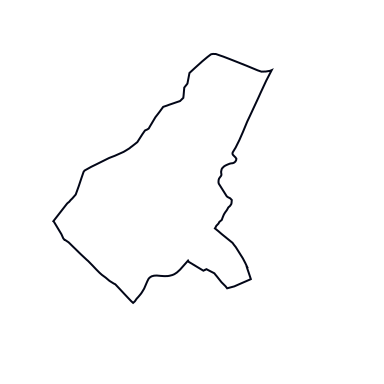 outline of Zilupe, Zilupes, Latvia, rotated 57°
{"feature_id": "27541924B3022786847050", "entity_name": "Zilupe", "entity_type": "district", "adm_level": 2, "iso_a3": "LVA", "parent_name": "Latvia", "parent_adm1": "Zilupes", "projection": "orthographic", "projection_center": [28.122, 56.393], "detail": "fine", "context": "isolated", "style": "outline", "palette": "ink", "viewbox_px": 384, "rotation_deg": 57, "n_neighbors": 0, "source": "geoboundaries", "source_scale": "gbopen_adm2", "svg_char_len": 2944}
<svg xmlns="http://www.w3.org/2000/svg" viewBox="0 0 384 384"><g transform="rotate(57 192 192)"><path d="M90.8,129.3L98.6,136.8L100.2,141.6L106.1,146.2L108.3,148.0L109.2,152.5L106.3,164.0L106.0,165.5L104.9,169.8L107.3,176.1L109.4,182.1L110.7,184.7L114.0,191.4L115.2,193.7L115.2,195.4L114.8,197.9L115.6,199.9L116.1,201.1L116.5,202.1L120.4,210.7L121.0,217.4L121.1,219.2L121.3,220.7L121.2,224.9L121.1,227.5L119.6,237.0L118.8,240.7L118.3,243.2L116.7,257.1L116.0,262.8L115.5,270.4L116.1,272.0L120.0,277.0L125.5,283.9L130.8,290.9L132.2,295.8L132.7,298.3L133.4,300.5L133.4,301.2L133.6,302.7L133.6,302.8L134.1,304.3L141.0,324.2L141.6,324.0L156.2,324.5L156.9,324.6L160.7,325.2L160.9,325.2L162.5,325.0L162.8,325.0L163.0,324.6L167.0,322.9L169.2,322.4L171.5,321.9L181.3,319.7L183.9,319.1L191.6,317.2L193.3,316.7L193.8,316.6L199.8,315.4L204.2,314.6L205.7,314.3L209.5,313.5L212.4,312.7L216.9,311.0L221.3,309.7L221.6,309.6L225.9,307.6L226.8,307.1L227.6,306.6L234.7,305.3L240.4,304.3L245.9,303.3L250.7,302.4L251.7,302.1L252.9,301.8L252.7,300.3L252.5,299.3L251.4,296.7L250.7,294.0L249.9,291.4L249.4,289.9L248.6,288.1L247.0,284.8L242.6,278.2L241.2,275.8L241.0,275.2L240.8,274.4L240.7,273.4L240.7,272.5L240.8,271.5L241.1,270.7L241.4,269.7L241.9,268.7L242.5,267.7L242.9,267.0L245.2,264.1L247.6,260.9L249.3,258.1L250.0,256.5L250.4,255.3L250.9,253.8L251.2,252.3L251.3,251.3L251.3,250.5L251.3,248.6L251.2,247.9L250.6,244.3L247.4,232.7L248.8,232.8L250.6,231.9L264.2,225.3L264.5,223.2L264.4,223.2L264.6,221.9L266.1,221.1L272.4,217.5L273.1,217.5L276.5,217.1L281.8,216.6L283.8,216.4L289.4,215.2L291.9,215.0L294.2,207.9L295.1,202.3L297.0,191.0L297.1,190.1L290.2,188.3L286.6,187.4L284.8,186.9L285.0,186.6L280.7,186.0L275.4,185.5L262.0,185.3L261.1,185.4L259.0,185.6L256.7,185.7L244.1,189.8L242.8,190.2L239.3,191.2L235.9,192.3L235.0,192.6L234.7,191.9L233.6,190.0L232.9,187.0L232.0,185.4L231.6,182.2L230.3,180.5L229.1,178.8L228.1,177.3L227.8,176.6L227.2,175.4L226.5,173.5L226.0,172.3L225.3,171.0L224.8,170.1L224.6,169.3L224.5,168.1L224.1,167.0L223.7,166.0L223.4,165.5L222.7,164.8L220.9,163.4L220.4,163.0L218.1,163.4L215.9,164.7L215.4,164.9L214.9,165.1L214.4,165.2L199.6,165.0L198.5,164.6L197.7,164.1L196.4,163.1L195.5,162.0L195.0,160.8L194.3,158.9L194.0,158.4L193.5,157.9L192.8,157.5L192.0,157.2L190.8,156.5L190.1,155.8L189.2,154.9L188.6,154.0L188.0,151.4L188.0,149.7L188.3,147.5L188.8,144.9L189.3,143.6L190.0,142.2L190.2,141.4L190.3,140.7L190.2,139.7L190.1,139.1L189.6,138.1L189.3,137.6L188.8,137.2L188.3,136.7L187.7,136.7L186.6,136.7L185.3,137.0L183.3,137.4L182.6,137.4L181.8,137.1L181.3,136.7L180.9,136.2L178.5,131.2L174.2,123.9L169.4,116.6L163.0,107.3L159.8,102.1L154.1,93.0L149.1,85.0L146.2,80.5L139.0,69.0L133.2,58.8L132.9,60.5L131.2,64.4L128.9,68.2L125.7,70.7L120.0,74.6L115.5,77.7L106.2,84.3L100.6,88.3L95.5,92.0L93.1,93.9L89.2,96.9L87.6,99.3L86.9,100.9L86.9,101.6L87.2,105.5L88.0,112.2L89.6,122.3L90.8,129.3Z" fill="none" stroke="#020617" stroke-width="2"/></g></svg>